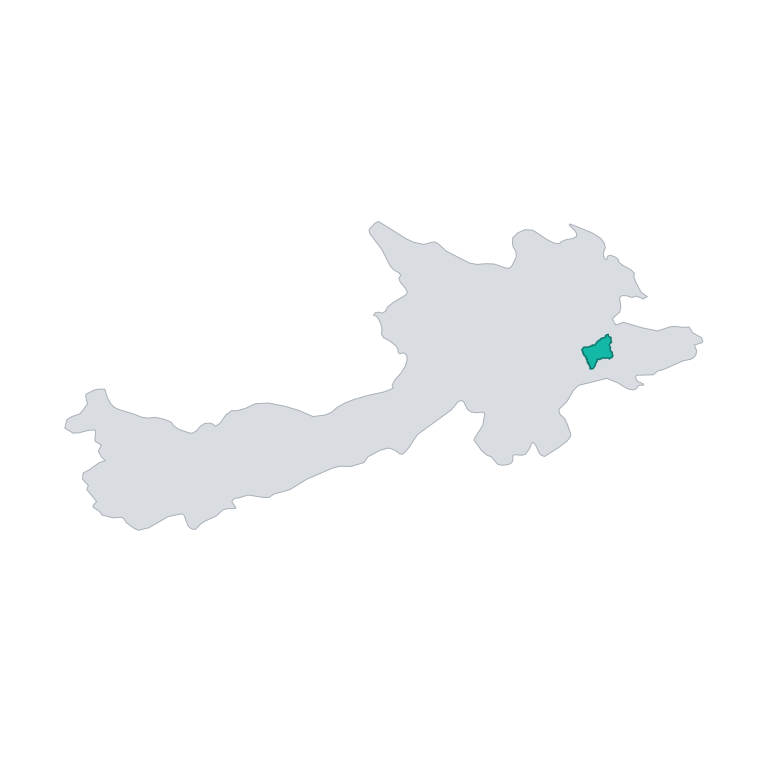 Khua, Phôngsali, Laos shown in context, rotated 103°
{"feature_id": "54806243B94701864875759", "entity_name": "Khua", "entity_type": "district", "adm_level": 2, "iso_a3": "LAO", "parent_name": "Laos", "parent_adm1": "Phôngsali", "projection": "equal_earth", "projection_center": [102.473, 21.051], "detail": "fine", "context": "in_parent", "style": "filled", "palette": "teal", "viewbox_px": 768, "rotation_deg": 103, "n_neighbors": 0, "source": "geoboundaries", "source_scale": "gbopen_adm2", "svg_char_len": 7769}
<svg xmlns="http://www.w3.org/2000/svg" viewBox="0 0 768 768"><g transform="rotate(103 384 384)"><path d="M291.0,90.9L293.9,97.5L307.3,115.3L309.6,120.1L314.5,123.8L318.6,139.7L320.3,140.6L322.6,139.5L324.3,137.3L325.7,131.2L326.6,130.6L328.1,135.6L331.9,137.1L333.5,139.3L334.0,143.1L333.5,147.1L330.3,156.1L328.4,168.2L341.6,194.2L347.1,197.8L360.3,202.0L369.2,207.8L373.3,206.4L377.2,200.0L382.0,196.3L390.8,190.8L393.3,190.5L398.2,192.7L406.3,199.2L418.5,211.3L418.1,214.6L415.9,217.7L409.4,222.5L407.3,225.6L408.6,226.8L414.0,227.6L420.4,230.3L422.4,233.5L423.5,240.8L424.6,242.1L430.5,241.3L432.4,242.3L434.5,244.6L436.6,250.7L436.6,255.2L430.8,263.2L430.1,267.9L427.1,273.6L419.0,283.1L416.9,283.7L401.9,278.4L390.1,279.2L389.1,281.2L391.1,286.9L391.7,292.6L389.9,297.0L383.1,302.6L382.8,305.1L384.2,307.6L394.2,312.7L426.0,340.2L440.5,345.5L446.9,349.0L448.5,350.9L448.5,353.3L446.8,356.4L445.5,361.8L445.4,365.0L446.9,368.2L449.5,372.9L458.5,383.3L465.0,385.8L471.9,397.8L474.0,408.3L477.4,415.1L494.1,437.8L508.0,451.8L516.3,466.9L520.3,470.3L521.6,475.8L522.8,491.7L527.6,499.7L528.6,502.9L530.7,505.3L533.0,505.7L537.9,500.5L538.9,501.3L541.1,509.7L543.1,512.8L550.5,517.9L558.3,528.1L562.5,531.8L567.8,534.7L568.6,537.9L567.6,541.1L566.0,543.3L557.0,549.1L555.8,551.7L561.9,564.7L577.0,580.8L581.8,590.5L580.8,595.1L576.8,604.5L573.7,607.0L572.9,610.0L575.3,617.6L575.1,629.5L572.2,632.3L569.6,639.6L567.8,640.1L563.2,637.5L553.6,649.9L549.4,649.3L544.6,656.3L538.4,657.2L534.0,652.0L524.7,643.7L521.4,638.5L518.6,643.0L513.8,647.2L506.9,645.7L505.1,652.0L503.8,653.1L495.5,654.2L493.9,655.2L495.3,660.9L500.3,670.5L501.8,676.0L498.8,685.1L490.2,684.9L486.3,681.2L481.4,673.5L470.4,668.4L463.1,671.9L460.8,671.8L455.3,665.3L453.2,661.1L451.9,654.9L460.3,649.9L464.5,646.0L467.3,641.9L468.4,637.6L469.7,619.7L470.9,613.3L470.2,605.6L467.9,599.5L467.8,590.4L469.0,583.0L472.2,579.3L474.3,573.9L475.6,562.0L474.6,559.0L471.5,556.0L466.2,553.3L462.8,549.8L461.4,545.5L461.5,541.8L463.1,538.6L459.2,535.0L449.6,531.1L444.2,526.4L443.0,520.9L439.0,513.7L432.1,504.8L428.5,492.0L428.0,475.3L428.8,461.7L431.7,445.9L427.6,434.6L423.2,428.6L417.1,424.2L411.3,417.8L405.7,409.6L399.0,397.5L391.3,381.4L386.1,374.2L383.4,375.9L377.8,374.4L369.3,369.8L361.9,367.3L355.6,366.9L351.5,368.0L349.6,370.4L349.4,372.8L351.0,375.2L350.2,377.1L346.8,378.4L344.2,381.1L341.2,386.9L339.1,394.7L336.0,397.6L331.1,398.3L326.3,400.5L321.6,404.2L319.4,407.1L319.7,409.0L318.7,409.5L316.4,408.4L315.3,405.8L315.4,401.8L313.0,399.1L308.1,397.7L302.5,393.4L291.8,382.3L289.4,381.9L285.9,384.7L281.3,390.9L277.6,393.4L274.6,392.1L272.3,394.3L270.7,400.0L267.7,404.4L253.3,416.5L240.4,431.9L237.1,433.3L229.3,429.0L226.9,425.9L237.7,394.3L239.3,386.6L239.0,376.5L234.5,368.1L234.3,365.6L235.0,363.0L240.5,353.2L246.9,328.0L246.6,320.2L243.8,311.6L242.3,303.5L243.6,292.4L243.1,288.0L240.1,285.9L230.3,283.7L224.7,285.5L222.0,288.5L218.7,290.4L212.5,291.4L206.7,287.7L201.9,281.3L200.7,273.5L206.9,256.7L208.4,250.3L208.3,247.2L207.2,244.0L205.8,243.6L202.7,239.6L199.7,232.7L196.8,229.5L194.1,230.1L191.6,232.7L187.5,239.3L186.2,238.5L189.9,215.3L193.4,205.5L197.4,200.9L201.6,199.0L206.1,199.7L209.8,198.9L212.8,196.5L212.5,195.1L209.0,194.8L207.6,192.1L208.3,187.2L209.9,184.0L212.4,182.6L214.8,177.6L217.1,169.2L219.9,164.9L223.1,164.8L228.7,161.2L236.7,154.1L239.7,147.2L242.7,150.4L241.6,158.3L243.1,160.0L243.9,162.9L243.4,167.3L244.1,171.1L245.3,173.0L247.0,173.9L255.5,170.6L260.6,170.4L269.0,176.2L274.0,171.9L274.0,170.3L270.0,164.8L271.2,144.6L270.7,129.2L263.8,117.9L262.4,113.4L261.7,105.9L259.8,99.6L264.8,94.5L267.4,85.1L270.9,82.9L272.0,83.2L276.2,90.3L281.6,86.7L285.7,86.7L289.1,88.6L291.0,90.9Z" fill="#d9dde1" stroke="#a8b0b8" stroke-width="1"/><path d="M285.3,176.6L285.4,177.0L285.8,177.6L286.2,178.3L286.5,178.6L286.8,178.9L287.0,179.0L287.5,179.0L287.7,178.9L288.0,178.9L288.3,178.9L288.5,178.9L288.7,179.0L289.0,179.4L289.1,179.5L289.3,179.7L289.3,179.9L289.5,180.1L289.6,180.4L289.7,180.5L289.8,180.6L289.8,180.8L290.0,181.3L290.1,181.5L290.3,181.9L290.5,182.1L290.6,182.3L290.8,182.5L291.4,183.0L291.7,183.0L292.1,183.0L292.3,183.2L292.4,183.3L293.0,184.2L293.3,184.7L293.3,184.8L293.5,184.8L294.0,185.0L294.3,185.0L294.5,185.1L294.6,185.3L295.0,185.6L295.3,185.9L295.3,186.1L295.6,186.2L295.9,186.3L296.2,186.3L296.4,186.4L296.8,186.4L297.1,186.6L297.5,186.9L298.0,186.9L298.1,187.0L298.4,187.3L298.6,187.6L299.1,188.4L299.2,188.6L299.3,188.9L299.1,189.6L299.1,189.8L299.3,190.0L299.5,190.1L300.0,190.0L300.4,190.5L300.6,190.8L300.7,191.0L300.8,191.4L301.1,192.0L301.8,192.9L302.0,193.1L302.1,193.3L302.3,193.8L302.6,195.3L302.7,196.1L302.9,196.5L303.1,196.9L303.5,197.7L303.6,197.9L303.7,198.0L304.1,198.0L304.3,198.1L304.6,198.1L305.1,198.2L305.3,198.4L306.1,198.9L306.3,198.6L306.7,198.4L306.8,198.5L307.1,198.3L307.4,198.2L307.7,197.7L308.0,197.4L308.4,197.3L308.8,197.4L309.0,197.2L309.1,196.9L309.3,196.6L309.5,196.6L309.9,196.6L310.1,196.1L310.3,196.0L310.4,195.9L310.5,195.9L310.9,195.7L311.1,195.4L311.0,195.2L311.2,194.9L311.2,194.7L311.3,194.6L311.7,194.4L311.8,194.1L311.8,193.8L311.9,193.4L312.0,193.4L312.2,193.6L312.4,193.6L312.6,193.4L313.0,193.1L313.3,193.0L313.7,192.5L313.7,192.2L313.8,192.0L313.9,192.3L314.0,192.3L314.1,192.1L314.4,192.2L314.5,192.0L314.5,191.9L314.8,191.7L315.0,191.5L315.1,191.4L315.5,191.1L315.6,190.9L315.6,191.0L315.8,191.1L315.8,190.9L315.8,191.0L316.0,190.9L316.4,190.8L316.5,190.7L316.8,190.5L316.9,190.4L316.9,190.2L317.0,189.9L317.1,190.0L317.1,190.3L317.1,190.6L317.3,190.5L317.5,190.6L317.4,190.5L317.4,190.4L317.5,190.4L317.7,190.2L317.8,190.2L318.0,190.0L317.9,189.8L317.9,189.6L318.2,189.1L318.3,189.1L318.5,189.2L318.8,189.0L318.8,188.8L319.0,188.4L319.1,188.2L319.3,188.2L319.5,188.2L319.6,187.9L319.8,187.8L319.9,187.7L320.0,187.8L320.1,187.7L320.2,187.8L320.3,187.7L320.5,187.5L320.5,187.3L320.6,187.2L320.8,187.2L321.0,187.1L321.1,186.8L321.1,186.7L321.3,186.5L321.5,186.6L321.8,186.6L321.8,186.8L321.9,187.0L322.0,187.0L322.1,186.9L322.3,186.9L322.5,186.8L322.8,186.5L322.8,186.4L322.8,185.8L322.7,185.2L322.2,184.3L322.1,184.0L321.9,183.8L321.6,183.6L321.3,183.6L320.1,183.0L319.1,182.6L318.8,182.4L317.6,182.5L317.4,182.4L317.0,182.5L316.9,182.4L316.7,182.3L316.3,182.3L316.1,182.3L316.0,182.2L315.8,182.1L315.5,182.1L315.3,182.0L314.7,182.0L314.4,181.8L314.2,181.5L313.9,181.4L313.7,181.4L313.5,181.6L313.4,181.9L313.1,181.9L312.9,181.8L312.4,181.8L312.0,181.8L311.7,181.7L311.7,181.2L311.7,180.9L311.6,180.3L311.6,180.1L311.7,179.8L311.7,179.3L311.5,179.0L311.3,178.9L311.1,178.8L310.9,178.6L310.8,178.4L310.7,178.2L310.4,178.1L310.2,177.9L309.9,177.8L309.8,177.7L309.9,177.3L309.6,177.2L309.5,176.9L309.3,176.4L309.2,175.8L309.2,175.5L309.2,175.4L309.3,175.0L309.1,174.6L309.1,174.4L308.9,174.1L308.8,173.5L308.7,173.4L308.6,172.6L308.4,172.2L308.3,171.4L308.3,171.2L308.4,170.8L308.5,170.5L308.8,170.3L308.8,170.0L308.5,169.7L308.4,169.7L308.1,169.7L307.9,169.6L307.7,169.3L307.6,169.1L307.4,168.9L307.2,168.2L306.9,168.0L306.8,167.9L306.6,167.9L306.3,167.9L306.2,167.7L305.9,167.7L305.6,167.4L305.4,167.4L305.0,167.7L304.8,167.7L304.6,167.5L304.1,168.1L303.4,168.3L303.2,168.5L302.0,169.1L301.8,169.1L301.7,169.0L301.5,169.4L301.4,169.4L301.2,169.6L301.1,169.9L300.8,170.4L300.4,171.0L300.2,171.2L299.7,171.4L299.2,171.5L298.9,171.5L297.6,171.5L296.9,172.0L296.6,172.3L296.3,172.7L296.1,172.9L296.0,173.0L295.8,173.1L295.3,173.2L294.8,173.2L294.4,173.1L294.0,173.1L293.0,172.8L292.8,172.3L292.7,171.9L292.2,171.7L291.4,172.0L291.3,172.5L291.2,172.6L290.2,172.8L289.6,172.8L289.2,172.9L289.0,173.0L288.7,173.1L288.2,173.1L287.7,173.3L287.5,173.9L287.4,174.3L287.4,174.7L287.4,175.4L287.2,175.8L287.0,176.0L286.3,176.4L285.3,176.6Z" fill="#14b8a6" stroke="#0f766e" stroke-width="1.5"/></g></svg>